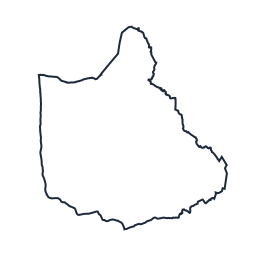 the district of Bikita, Masvingo, Zimbabwe, rotated 171°
{"feature_id": "62879985B26822606878793", "entity_name": "Bikita", "entity_type": "district", "adm_level": 2, "iso_a3": "ZWE", "parent_name": "Zimbabwe", "parent_adm1": "Masvingo", "projection": "equal_earth", "projection_center": [31.804, -20.202], "detail": "fine", "context": "isolated", "style": "outline", "palette": "slate", "viewbox_px": 256, "rotation_deg": 171, "n_neighbors": 0, "source": "geoboundaries", "source_scale": "gbopen_adm2", "svg_char_len": 5619}
<svg xmlns="http://www.w3.org/2000/svg" viewBox="0 0 256 256"><g transform="rotate(171 128 128)"><path d="M218.9,75.3L218.5,74.9L217.7,72.6L216.7,71.5L214.6,70.5L212.3,70.2L210.1,70.1L209.1,69.8L208.0,69.6L206.5,68.2L205.9,67.1L205.5,65.9L204.6,65.1L204.2,64.9L202.2,64.5L201.2,63.5L200.0,62.2L199.4,61.7L198.1,60.0L196.2,59.0L193.4,57.2L192.9,56.4L192.0,51.6L191.6,50.8L190.9,50.1L189.6,49.8L184.9,50.1L180.2,49.5L174.2,50.1L173.8,50.3L171.7,50.4L171.2,50.3L171.0,50.2L170.7,49.6L170.6,48.6L170.1,47.3L169.3,46.8L168.7,45.8L167.6,41.7L167.4,41.3L166.9,41.0L165.6,40.8L164.6,39.7L162.9,39.2L162.1,39.3L160.4,39.9L157.8,40.1L155.8,39.5L153.3,38.1L152.9,38.2L152.5,38.1L151.5,37.1L149.6,35.8L149.0,35.0L148.4,34.1L148.0,32.2L147.5,30.5L147.4,28.5L147.0,28.6L145.3,28.5L142.2,29.4L139.5,29.8L138.4,29.8L137.7,29.9L136.3,30.9L133.5,31.4L131.8,31.6L131.0,31.0L130.5,30.9L125.8,31.8L123.9,32.9L119.7,33.5L116.7,35.2L116.1,35.4L114.9,35.2L113.5,34.1L112.7,33.8L110.5,33.7L107.6,34.0L106.8,33.7L105.9,33.7L103.6,32.8L102.4,32.9L100.6,32.4L99.1,32.2L98.4,32.0L98.2,32.0L97.8,32.4L97.2,32.4L96.0,32.0L95.0,32.1L93.1,31.6L92.2,31.5L91.9,31.6L91.7,32.6L90.9,33.7L90.3,35.0L89.7,35.1L89.3,34.8L88.9,34.8L88.6,35.7L88.4,35.7L88.0,35.3L87.7,35.4L87.6,35.9L87.7,36.7L87.7,37.1L87.5,37.5L87.0,37.9L86.8,38.8L86.3,38.7L85.5,38.9L85.0,38.3L84.1,37.5L83.4,37.5L82.5,36.7L82.0,36.4L80.6,34.6L80.3,34.5L79.9,34.9L79.5,35.8L79.1,39.2L78.7,40.0L77.8,40.3L77.2,40.8L75.2,41.0L74.1,41.7L71.1,42.4L70.9,42.8L70.7,43.9L70.4,44.3L65.5,45.7L64.6,44.1L64.0,42.6L63.3,41.6L62.9,41.5L61.7,42.2L60.9,43.1L60.2,43.1L59.5,43.9L58.7,44.5L58.4,44.5L58.1,43.9L57.7,43.9L57.3,44.9L56.2,45.6L55.8,45.6L55.4,45.3L55.1,45.4L55.0,45.6L54.5,45.5L54.2,45.0L53.9,45.0L53.8,44.8L51.5,49.0L51.5,50.6L49.7,49.7L48.1,49.7L45.2,50.8L43.9,53.7L42.1,52.8L37.4,67.7L38.5,73.0L36.9,75.4L36.3,75.9L39.9,84.8L43.1,81.1L43.8,82.7L44.0,82.8L44.1,83.3L44.4,83.6L45.3,86.0L45.6,86.4L46.5,88.1L46.7,88.6L47.5,89.6L48.0,90.4L48.9,91.2L48.9,92.1L49.4,92.9L49.4,95.6L50.4,95.9L51.3,95.2L51.8,95.6L52.3,95.7L53.4,97.3L54.0,97.8L54.7,97.6L55.4,96.9L55.9,97.2L57.0,96.7L57.5,96.7L58.6,97.2L59.3,98.8L59.7,98.8L60.3,98.1L60.5,98.1L61.1,98.7L62.7,101.8L62.7,102.6L63.0,103.7L62.0,104.8L62.0,105.2L61.8,105.8L62.6,107.5L62.7,107.8L62.6,108.1L63.9,108.8L64.8,109.9L66.7,111.5L68.4,113.4L69.1,114.6L70.1,114.3L70.6,114.7L70.9,115.6L72.6,116.3L73.3,117.0L73.5,117.6L73.5,118.5L73.8,119.0L73.3,119.8L72.9,120.9L73.4,123.6L73.0,127.3L72.8,127.9L73.1,129.2L72.9,130.1L73.0,130.9L73.0,132.5L73.3,132.9L73.9,133.1L74.8,133.7L75.2,134.3L75.7,135.3L75.7,136.9L75.8,137.3L76.7,137.6L77.3,138.2L78.4,138.8L78.4,139.1L78.2,139.4L78.1,140.2L77.7,141.6L77.6,142.7L77.3,143.8L77.0,145.7L76.5,149.4L76.6,150.3L77.0,150.4L77.5,150.1L78.8,150.6L80.2,150.5L81.4,150.6L81.6,150.8L81.8,151.1L81.7,152.6L82.1,153.4L82.8,154.0L83.5,154.2L84.0,154.6L84.8,154.7L85.0,155.1L85.0,155.6L85.4,155.6L85.6,155.9L85.6,156.2L85.2,156.8L85.0,157.7L86.0,158.8L86.1,159.4L86.3,159.7L86.4,159.8L86.8,159.7L87.0,158.8L87.3,158.7L87.7,158.9L88.7,159.8L88.6,160.9L88.9,161.8L89.1,161.7L89.2,161.1L89.6,160.9L89.9,161.3L89.9,162.2L90.1,162.6L91.5,163.0L91.9,163.6L93.6,164.4L94.3,165.2L95.0,165.7L95.7,166.7L97.2,167.7L98.5,168.0L98.6,168.8L98.3,169.6L98.4,170.8L98.7,171.2L99.4,171.2L100.3,172.2L99.7,172.7L98.9,172.2L98.4,172.2L98.1,172.5L97.1,172.6L96.3,173.5L96.2,173.9L96.2,174.2L95.8,174.3L95.5,175.0L94.8,175.4L94.5,176.6L94.1,177.1L94.0,177.4L94.0,177.7L94.4,178.1L94.6,178.8L94.6,179.2L94.4,179.7L93.0,181.1L92.8,181.8L92.7,183.8L92.5,184.3L91.7,185.6L90.4,187.0L89.9,188.1L90.4,188.2L90.8,189.0L93.5,197.0L93.5,197.4L93.2,198.3L93.1,198.9L93.3,199.3L93.7,199.6L93.7,200.0L93.0,200.8L92.9,202.0L92.6,202.7L92.5,203.5L92.5,203.9L93.1,204.4L93.6,204.4L94.1,204.1L94.4,204.1L94.7,204.3L94.7,204.8L94.3,205.4L94.3,206.0L94.4,206.3L94.4,207.8L94.7,208.2L95.0,208.9L95.1,209.6L95.7,211.8L95.8,213.4L96.0,213.7L96.2,213.9L96.7,213.9L97.2,214.2L97.7,215.9L98.0,219.0L98.4,220.0L99.2,220.4L99.3,221.0L100.1,221.3L101.9,222.2L102.7,222.8L102.7,223.1L102.2,223.3L101.9,223.6L101.8,224.3L101.9,224.9L102.2,224.9L103.2,224.4L104.1,224.3L104.4,224.5L104.7,224.8L105.4,225.1L107.8,226.5L108.2,227.0L108.7,227.3L108.7,227.5L111.6,227.5L119.1,223.1L122.5,214.6L123.8,210.8L126.2,203.0L136.1,194.5L145.8,185.9L145.9,185.6L146.0,184.9L146.5,185.1L147.4,184.0L148.6,183.4L150.2,182.0L151.4,181.3L152.6,181.3L153.5,182.3L154.7,182.7L155.4,183.1L155.7,183.1L155.7,183.3L160.6,183.3L164.7,182.9L166.3,182.3L168.5,182.1L168.8,181.9L171.2,181.9L171.6,181.7L172.4,181.7L172.6,181.5L174.9,181.5L176.8,181.9L179.1,181.9L180.5,182.3L180.9,182.3L180.9,182.5L181.7,182.7L182.0,183.1L182.7,183.3L184.1,184.1L184.9,184.3L185.4,184.7L186.5,185.1L187.1,186.1L187.4,186.3L187.9,187.3L188.8,188.1L189.0,188.5L190.3,189.5L191.2,189.7L191.4,189.9L192.1,189.9L197.4,191.3L198.1,191.3L198.8,191.5L199.3,191.9L200.4,192.1L201.6,192.9L202.2,193.1L202.7,193.5L204.3,193.7L204.5,193.9L205.4,193.9L205.7,194.1L206.7,194.1L206.7,194.3L207.8,194.3L208.0,189.7L208.5,185.9L208.5,184.6L208.7,182.9L208.7,179.1L209.2,176.8L209.1,175.3L209.4,173.3L209.5,171.0L210.0,167.5L210.1,165.4L211.0,161.8L210.9,161.0L211.3,159.9L211.3,159.0L211.8,157.6L212.1,156.3L212.2,154.2L213.2,150.0L213.7,145.6L214.7,143.3L214.9,141.5L215.0,139.8L215.2,139.0L215.5,131.8L216.2,129.0L216.3,126.0L216.2,124.3L216.8,121.9L218.3,118.0L218.5,116.5L218.4,112.3L218.4,109.8L218.9,105.2L218.8,104.2L218.5,102.9L218.7,100.4L218.8,98.6L219.7,95.9L219.6,94.1L219.2,92.9L218.6,89.9L218.2,86.3L218.3,84.1L219.4,80.1L219.4,78.4L218.8,76.0L218.9,75.3Z" fill="none" stroke="#1e293b" stroke-width="2"/></g></svg>